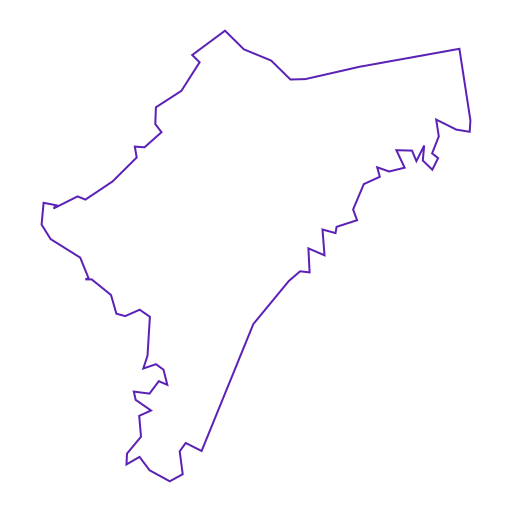 the district of Nelson, Kentucky, United States of America
{"feature_id": "52423323B13152502054342", "entity_name": "Nelson", "entity_type": "district", "adm_level": 2, "iso_a3": "USA", "parent_name": "United States of America", "parent_adm1": "Kentucky", "projection": "equal_earth", "projection_center": [-85.473, 37.757], "detail": "fine", "context": "isolated", "style": "outline", "palette": "violet", "viewbox_px": 512, "rotation_deg": 0, "n_neighbors": 0, "source": "geoboundaries", "source_scale": "gbopen_adm2", "svg_char_len": 1114}
<svg xmlns="http://www.w3.org/2000/svg" viewBox="0 0 512 512"><path d="M470.4,120.2L459.4,48.8L359.3,66.8L305.3,79.1L290.4,79.5L271.2,60.6L243.8,49.3L225.0,30.7L192.2,55.0L199.6,62.3L181.4,90.8L155.9,107.3L155.3,124.1L161.5,132.2L144.5,147.3L134.8,146.6L136.7,157.5L112.6,181.4L85.4,199.6L77.6,196.4L53.5,208.5L56.3,205.3L43.6,202.8L41.6,224.6L50.6,239.1L80.2,257.6L88.5,278.1L85.4,279.4L91.7,279.4L111.0,295.0L116.4,313.7L125.2,316.1L139.7,309.7L149.9,316.8L147.5,355.7L143.3,368.5L156.0,364.2L163.5,369.7L167.3,384.8L158.8,381.2L149.5,393.6L133.8,391.6L135.7,399.9L151.0,410.5L139.2,415.8L141.0,436.7L127.0,453.6L126.5,464.4L139.5,456.9L149.6,470.3L169.7,481.3L182.7,474.2L179.7,451.3L185.7,443.0L201.6,451.0L253.3,324.1L288.8,281.0L300.1,271.3L309.6,272.4L308.4,248.4L324.5,255.3L322.5,229.5L335.5,233.1L336.6,226.8L357.1,220.2L353.1,209.5L363.8,184.1L379.8,176.8L377.2,167.3L389.2,171.5L404.6,167.7L396.4,150.2L412.0,150.6L416.4,161.1L424.2,145.5L422.8,160.5L432.3,169.7L438.1,158.1L432.1,153.4L438.8,136.4L436.2,119.6L456.3,129.6L469.7,131.8L470.4,120.2Z" fill="none" stroke="#5b21b6" stroke-width="2"/></svg>